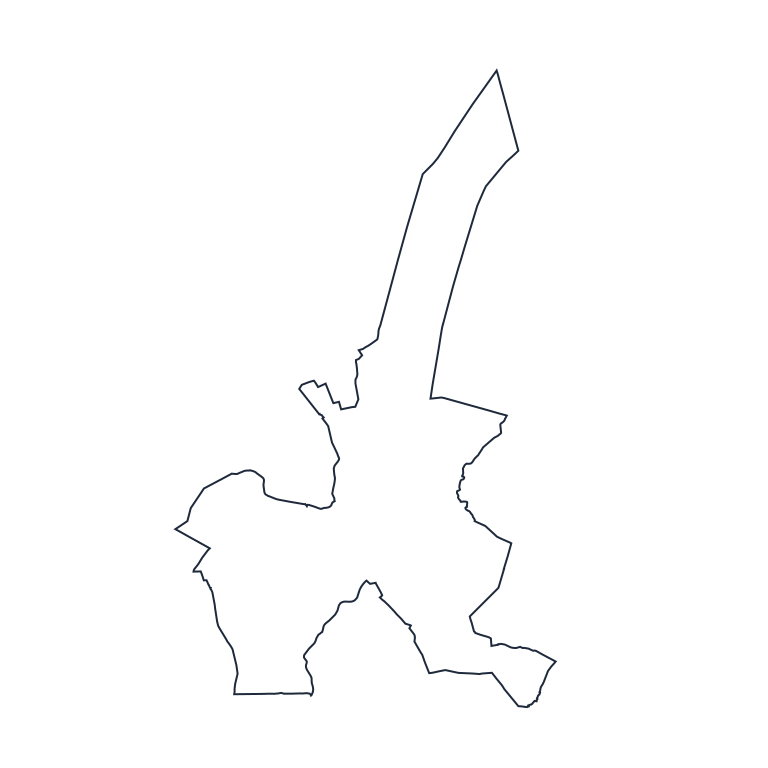 outline of Woudenberg, Utrecht, Netherlands, rotated 95°
{"feature_id": "6326949B36718410472652", "entity_name": "Woudenberg", "entity_type": "district", "adm_level": 2, "iso_a3": "NLD", "parent_name": "Netherlands", "parent_adm1": "Utrecht", "projection": "mercator", "projection_center": [5.439, 52.08], "detail": "fine", "context": "isolated", "style": "outline", "palette": "slate", "viewbox_px": 768, "rotation_deg": 95, "n_neighbors": 0, "source": "geoboundaries", "source_scale": "gbopen_adm2", "svg_char_len": 6112}
<svg xmlns="http://www.w3.org/2000/svg" viewBox="0 0 768 768"><g transform="rotate(95 384 384)"><path d="M669.2,199.7L666.3,198.7L655.6,195.6L650.8,192.7L648.2,190.7L645.5,188.8L639.6,202.7L636.7,209.1L636.5,209.8L636.4,210.8L636.7,211.8L636.6,212.7L636.3,213.5L635.0,217.0L634.7,220.9L634.7,221.6L634.9,223.0L634.0,225.5L635.1,228.3L635.5,229.4L635.6,230.4L635.6,232.5L635.3,234.9L633.1,240.7L633.0,241.4L632.7,244.4L632.8,245.7L633.2,246.6L633.8,247.6L633.4,247.8L634.2,249.0L635.3,253.2L635.6,254.1L628.1,255.4L627.3,257.2L626.9,258.6L625.4,266.2L624.3,270.3L624.3,270.9L624.1,271.3L623.4,271.6L622.6,272.8L614.1,275.9L611.0,277.3L608.1,278.3L577.3,252.4L577.0,252.2L557.8,248.3L557.8,248.5L545.1,245.8L531.6,243.3L531.3,243.9L528.2,253.0L526.3,258.1L516.6,270.7L513.4,279.9L512.6,281.8L511.8,281.6L511.1,281.9L508.6,283.8L506.6,284.7L505.5,286.1L504.7,286.5L503.3,287.9L502.9,289.3L502.0,291.0L501.8,291.3L500.9,292.0L500.2,292.1L499.7,291.7L499.1,290.6L498.5,290.8L496.0,290.7L494.4,290.9L494.3,291.1L494.1,291.6L494.1,293.5L494.1,294.3L494.7,297.0L494.6,297.4L493.6,297.7L491.9,299.6L490.9,300.2L490.3,300.4L489.3,300.1L488.8,300.2L486.2,301.8L485.1,301.9L484.3,301.7L483.2,299.5L482.5,299.1L480.6,299.9L478.7,300.0L475.3,299.6L473.7,299.2L472.8,298.6L472.0,296.7L471.0,296.0L470.4,295.9L469.7,296.2L469.4,296.6L469.4,297.6L469.3,298.0L468.9,298.2L468.1,297.9L468.0,297.7L466.1,297.3L461.2,298.0L460.0,297.4L458.1,296.7L456.9,295.7L456.2,294.8L456.1,292.5L455.8,291.2L455.4,290.2L453.7,288.9L451.8,288.0L450.0,286.9L446.7,284.0L446.0,283.6L445.6,283.5L440.3,280.6L438.9,280.0L438.4,279.7L428.0,269.6L427.4,268.7L426.6,267.4L425.9,266.3L423.0,263.3L422.2,263.1L415.1,264.5L414.0,264.6L413.2,264.1L411.5,262.1L410.0,260.9L408.2,260.4L404.8,258.9L404.5,260.0L403.2,267.5L401.5,276.0L392.7,323.1L392.5,325.2L392.5,326.0L394.2,334.5L394.4,335.8L394.5,336.4L379.8,335.5L344.0,332.6L331.0,331.7L323.4,331.1L319.2,330.5L319.2,330.4L280.5,323.7L260.8,319.8L253.0,318.1L240.6,315.6L198.3,306.6L183.2,301.6L178.1,299.7L152.0,281.6L145.1,275.1L139.9,270.5L85.5,290.3L73.4,294.8L66.7,297.2L61.9,299.1L97.6,320.1L126.0,335.6L143.4,344.3L154.3,350.2L160.4,354.4L171.5,363.7L225.6,374.7L257.9,380.7L325.5,392.7L329.8,393.9L332.4,394.1L334.2,394.0L336.7,394.1L339.2,394.4L340.2,394.6L345.5,400.8L347.4,403.2L348.9,405.6L350.9,408.0L352.5,412.1L357.3,408.3L361.2,411.3L362.6,414.0L365.1,413.8L365.8,413.4L370.9,412.3L376.4,411.4L377.3,411.4L379.1,411.7L380.2,412.0L382.1,412.8L385.9,412.5L401.5,408.2L409.2,410.6L409.6,412.8L410.0,414.5L413.0,424.5L405.7,427.3L407.5,432.8L388.7,442.2L392.8,449.4L388.7,452.4L386.8,454.1L388.5,458.6L391.9,465.6L392.1,465.9L396.3,468.0L419.0,446.6L419.6,446.0L419.5,445.7L419.9,445.7L420.4,443.4L422.2,441.8L422.6,441.2L423.7,442.3L428.7,437.7L430.9,435.9L446.9,430.7L450.7,428.4L458.3,424.0L459.2,423.8L461.4,422.5L462.3,422.2L463.3,422.3L465.2,423.2L469.5,426.0L471.1,426.4L472.7,426.7L478.6,425.6L481.8,424.7L483.5,424.6L487.5,424.8L492.5,425.5L497.9,426.0L502.3,423.5L503.7,423.4L505.0,422.9L506.3,424.8L507.1,425.3L509.5,426.0L510.3,426.6L511.1,427.5L511.5,428.2L512.0,429.4L512.4,431.0L512.7,433.0L513.6,434.9L513.9,436.2L513.7,437.3L512.1,443.3L511.0,448.3L511.0,449.4L511.1,449.8L512.4,450.2L511.6,450.8L511.0,451.7L510.5,452.0L510.7,452.6L510.6,454.4L509.5,467.8L508.6,477.1L508.2,480.4L507.8,482.1L505.7,489.1L505.7,489.5L504.5,492.0L504.0,492.7L503.5,493.1L502.3,493.7L496.1,495.1L494.4,495.3L491.3,495.1L489.9,495.3L489.0,495.6L488.1,496.4L487.1,497.8L483.9,503.2L483.1,504.2L482.8,504.8L482.2,506.8L481.6,510.0L481.9,510.3L482.1,512.8L482.6,515.0L482.8,515.6L485.3,520.5L486.4,522.3L486.6,524.3L486.6,528.0L486.9,528.3L492.4,536.7L503.8,554.3L508.4,556.8L524.5,565.7L537.7,567.9L546.8,579.2L562.9,543.2L565.0,545.0L572.8,549.9L579.6,553.3L584.8,556.7L585.8,557.2L587.5,557.4L586.7,550.2L591.2,548.1L595.3,546.4L595.0,544.1L595.0,543.7L596.5,542.8L599.2,541.4L599.3,541.3L599.3,541.1L601.4,540.0L602.3,539.4L602.3,538.8L603.4,538.9L603.6,538.6L604.2,538.1L606.3,536.9L606.9,536.7L618.7,533.4L621.8,532.8L635.3,529.5L639.4,528.1L642.2,526.2L651.6,519.3L654.3,517.5L655.9,516.0L658.8,513.6L661.4,511.8L676.8,506.6L685.3,504.6L695.6,506.1L700.3,506.3L703.9,506.0L706.1,506.2L703.4,478.9L702.7,472.7L702.5,471.2L702.2,466.5L701.5,462.5L700.7,459.5L700.7,459.1L701.2,457.1L701.2,456.2L700.5,448.7L699.5,440.1L699.5,438.8L698.7,433.9L699.0,430.9L700.4,429.6L700.7,429.5L700.5,429.2L697.4,428.1L694.4,427.9L692.6,428.3L690.6,428.9L688.2,429.9L683.0,430.6L681.3,431.5L675.2,436.0L673.7,436.7L672.6,437.1L671.0,437.2L668.5,436.7L667.4,436.7L666.6,437.1L664.1,439.4L663.5,439.8L662.3,440.0L661.0,439.9L654.1,435.6L648.4,430.8L645.7,429.7L643.3,429.2L642.7,429.0L639.5,427.5L638.3,426.0L637.1,424.9L636.7,424.2L636.1,423.8L635.3,423.8L634.4,423.5L630.9,423.1L629.7,422.7L628.5,422.0L627.3,421.0L624.6,418.1L618.3,412.8L617.1,412.1L613.8,410.6L608.5,409.6L607.5,409.1L606.5,408.5L606.1,408.2L605.3,407.2L604.5,405.5L604.2,404.5L603.9,399.0L603.6,397.4L603.2,396.2L602.1,394.4L601.4,393.8L599.7,392.5L598.9,392.1L591.1,390.3L588.1,389.1L585.0,387.3L582.7,385.6L581.4,384.3L584.3,380.5L582.8,375.0L583.2,374.9L592.0,368.9L594.7,367.4L595.1,367.6L597.0,369.5L599.8,366.0L599.8,365.6L604.1,360.2L609.6,354.0L612.7,350.8L616.2,346.6L621.0,341.7L621.0,341.2L622.1,336.4L622.2,336.2L625.1,337.4L630.4,332.5L631.7,331.6L634.0,331.1L638.0,331.2L648.3,324.0L650.4,322.3L657.1,319.3L668.1,313.8L667.5,310.8L665.2,303.4L663.7,298.2L663.7,297.6L665.3,284.6L664.7,270.7L664.6,263.1L664.3,262.6L663.8,260.6L662.3,251.3L667.6,246.4L673.8,240.3L676.3,238.4L677.4,237.6L693.2,222.1L693.3,221.2L693.2,220.7L693.2,217.9L693.4,214.7L693.4,213.4L693.2,213.1L692.7,212.8L692.7,211.9L692.6,211.6L692.3,211.6L691.6,212.1L690.4,209.7L690.4,209.2L689.2,208.1L688.4,207.8L687.8,207.2L686.6,206.4L686.6,206.0L686.8,204.6L686.8,204.3L686.6,204.2L685.6,204.4L684.5,203.7L684.1,204.2L683.7,204.3L682.1,203.5L681.5,203.5L680.3,202.9L680.0,202.6L679.9,202.2L678.0,201.6L677.8,201.7L677.7,202.1L677.5,202.3L676.5,201.8L673.9,201.6L672.4,201.3L670.6,200.5L669.2,199.7Z" fill="none" stroke="#1e293b" stroke-width="2"/></g></svg>